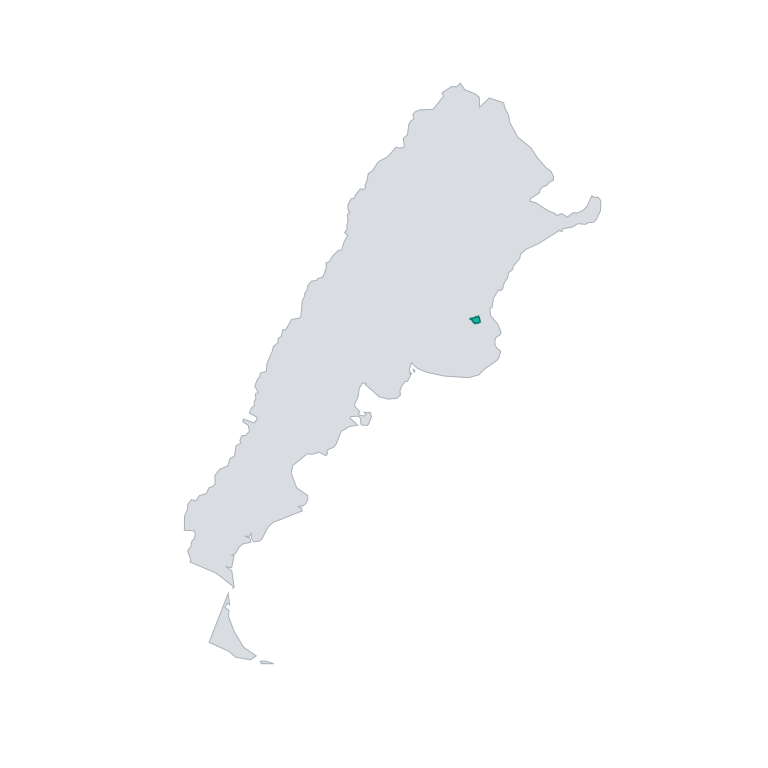 Lobos, Buenos Aires, Argentina (highlighted), rotated 21°
{"feature_id": "61730980B17134937162409", "entity_name": "Lobos", "entity_type": "district", "adm_level": 2, "iso_a3": "ARG", "parent_name": "Argentina", "parent_adm1": "Buenos Aires", "projection": "mercator", "projection_center": [-59.277, -35.199], "detail": "fine", "context": "in_parent", "style": "filled", "palette": "teal", "viewbox_px": 768, "rotation_deg": 21, "n_neighbors": 0, "source": "geoboundaries", "source_scale": "gbopen_adm2", "svg_char_len": 4913}
<svg xmlns="http://www.w3.org/2000/svg" viewBox="0 0 768 768"><g transform="rotate(21 384 384)"><path d="M468.6,207.1L464.9,213.7L465.7,218.1L462.3,228.5L463.2,230.6L460.4,235.6L461.4,241.0L460.0,246.3L460.7,252.9L459.5,254.9L457.1,255.4L455.4,264.7L457.5,273.7L455.7,275.5L459.1,282.1L469.4,287.8L474.7,293.7L474.9,296.2L472.1,299.9L471.8,303.0L473.4,307.3L476.1,309.9L481.1,311.5L481.8,317.6L481.0,321.5L471.6,335.4L469.4,341.5L460.5,347.8L437.4,355.0L419.3,357.8L409.0,357.3L402.1,354.3L402.7,362.4L406.1,364.7L404.3,364.8L405.7,366.3L405.0,373.0L402.8,374.2L401.2,379.8L401.3,384.6L403.3,388.6L401.3,392.6L393.3,396.7L384.0,397.6L366.7,391.2L367.4,390.1L366.5,389.7L363.7,391.0L362.4,396.6L364.4,405.3L363.8,412.9L364.8,415.4L371.1,418.3L370.7,421.3L372.8,421.7L377.3,420.9L377.8,418.5L375.5,417.6L381.6,415.6L383.9,418.8L384.1,426.7L383.0,428.8L378.2,430.2L376.9,429.8L374.1,424.3L371.8,423.2L365.0,426.1L364.3,427.9L374.2,431.9L366.9,436.1L361.1,443.6L360.9,457.4L359.5,461.3L355.5,464.9L354.8,467.6L356.2,469.1L355.6,471.8L347.9,470.9L342.3,475.3L337.3,476.7L328.1,492.7L329.4,500.7L339.6,512.2L352.6,515.3L354.3,519.2L353.7,523.9L352.2,526.7L347.4,529.3L351.5,529.3L353.2,531.7L329.9,553.1L326.9,559.4L325.5,572.7L323.7,575.4L318.8,578.1L315.6,575.3L313.1,570.4L313.1,574.4L308.7,575.9L314.0,576.0L316.5,579.2L309.2,584.2L307.1,588.6L306.2,594.9L303.3,598.5L305.6,597.8L307.6,610.2L301.8,611.0L308.9,613.1L316.9,627.5L316.2,628.7L316.0,627.1L294.9,620.7L266.6,619.7L266.9,617.8L260.5,610.1L261.9,604.6L260.9,600.0L262.3,595.9L261.4,590.8L259.0,589.2L250.0,592.1L245.1,578.5L245.5,571.3L244.0,566.7L245.6,560.9L250.2,560.6L251.7,554.4L257.6,549.7L257.6,543.9L261.2,540.6L262.1,537.7L258.9,530.3L261.3,522.3L267.5,516.3L267.0,508.6L270.4,504.9L267.9,494.9L271.4,490.7L269.7,488.4L269.8,483.2L273.1,481.8L275.3,476.2L271.9,471.2L265.6,469.7L265.3,467.1L276.6,466.9L278.0,462.9L277.3,460.5L268.7,459.4L268.8,454.0L270.7,450.5L269.1,447.1L269.7,443.9L267.5,439.2L269.7,437.1L264.1,432.3L264.2,424.4L265.4,422.4L264.7,418.2L269.7,414.3L267.4,406.8L268.0,392.7L267.2,388.9L270.3,383.2L268.8,379.4L271.0,376.5L270.1,369.5L272.7,368.9L274.6,356.8L280.9,353.2L282.2,350.8L277.9,335.7L278.4,330.1L277.4,327.5L278.6,324.3L277.6,319.5L279.5,313.9L283.8,311.6L284.2,309.7L288.6,305.8L288.5,296.5L286.5,291.7L288.8,290.0L290.2,282.9L293.6,275.5L296.4,274.2L295.8,265.9L296.9,258.3L293.1,256.9L294.0,251.6L292.7,250.3L291.9,244.7L289.5,239.8L289.3,237.6L290.7,236.2L288.0,234.3L286.1,229.8L286.5,225.6L287.0,222.8L290.0,220.8L289.4,218.8L291.9,210.3L294.9,209.9L296.5,206.9L294.9,205.3L295.3,200.3L293.9,193.1L296.7,189.6L299.1,178.5L305.9,170.7L310.5,158.5L314.1,158.3L318.0,155.6L314.1,147.7L316.6,142.8L314.0,132.3L314.8,128.4L317.0,126.2L314.5,122.3L315.3,119.0L318.9,115.4L331.5,109.8L336.4,94.0L333.8,91.3L340.6,82.0L345.4,80.5L347.5,75.8L353.8,80.3L364.7,80.4L370.2,82.2L374.1,91.3L379.8,79.2L395.0,78.7L398.0,83.2L403.8,88.1L407.8,94.9L420.4,105.6L436.4,110.8L446.4,118.0L457.9,124.1L463.6,125.5L468.1,129.9L469.1,133.1L466.5,135.6L464.6,140.4L461.5,143.2L460.2,146.3L460.4,150.2L454.4,158.1L454.6,161.0L460.7,160.4L475.5,163.5L482.7,163.5L485.0,164.8L488.9,161.1L495.2,162.6L499.2,156.2L503.3,155.0L507.7,150.6L509.8,145.2L510.6,133.7L513.1,134.5L517.1,132.9L520.8,135.2L524.0,144.9L523.3,154.2L521.6,158.0L517.1,160.1L514.7,162.8L507.6,164.8L503.8,169.8L495.0,175.2L495.6,178.0L492.7,177.8L478.0,197.5L468.6,207.1ZM313.3,687.9L313.6,635.5L319.1,645.5L316.4,644.9L315.6,649.7L320.2,650.8L322.3,656.9L332.4,668.4L347.3,680.1L362.1,683.6L358.0,689.4L343.4,692.2L334.7,689.1L313.3,687.9ZM368.0,687.2L372.5,685.1L381.3,684.7L369.7,689.1L368.0,687.2ZM408.1,360.4L408.0,362.1L405.5,359.5L408.1,360.4Z" fill="#d9dde1" stroke="#a8b0b8" stroke-width="1"/><path d="M449.9,289.3L449.6,288.9L449.1,288.5L448.8,288.2L449.1,287.8L448.7,287.5L448.0,286.8L447.5,287.4L447.3,287.6L447.1,287.8L447.0,287.7L446.6,288.1L445.9,288.9L445.5,288.6L445.5,289.2L444.2,290.0L443.9,290.2L441.2,291.9L441.2,292.0L441.3,292.0L441.5,292.2L441.4,292.3L441.5,292.3L441.8,292.4L441.9,292.5L442.0,292.5L442.0,292.4L442.1,292.5L442.2,292.4L442.3,292.4L442.3,292.5L442.4,292.8L442.4,292.7L442.5,292.6L442.8,292.7L442.8,292.8L442.8,292.7L443.0,292.7L443.3,292.6L443.5,292.5L443.6,292.8L443.7,293.0L443.8,293.3L443.9,293.5L444.0,293.5L444.0,293.4L444.1,293.5L444.3,293.6L444.5,293.6L444.5,293.8L444.4,293.8L444.5,293.9L444.8,293.8L444.8,293.7L444.8,293.8L445.0,293.9L445.1,294.0L445.3,294.2L445.5,294.2L445.8,294.2L445.8,294.3L446.0,294.2L446.0,294.3L446.3,294.3L446.4,294.5L446.5,294.5L446.5,294.4L446.5,294.5L446.8,294.7L446.9,294.8L447.0,294.8L447.2,295.0L447.3,294.9L447.5,294.7L448.2,293.9L448.2,294.0L448.6,293.5L448.9,293.8L449.3,293.4L449.5,293.3L449.7,293.2L449.8,293.2L450.1,293.4L450.6,292.8L451.2,292.1L451.6,291.7L451.0,291.0L450.5,290.5L450.8,290.1L450.4,289.7L449.9,289.3Z" fill="#14b8a6" stroke="#0f766e" stroke-width="1.5"/></g></svg>